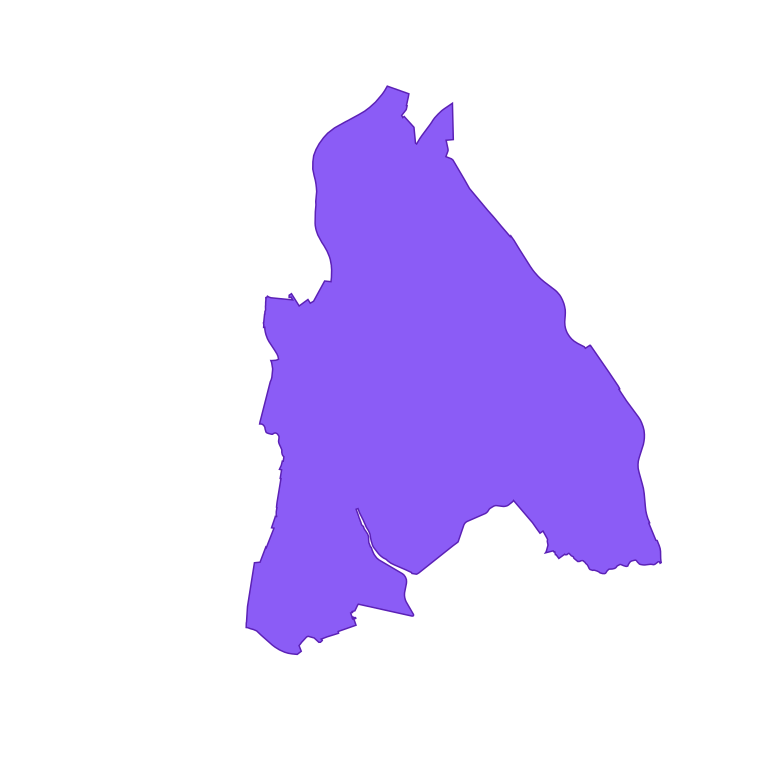 the district of Parramatta, New South Wales, Australia, rotated 67°
{"feature_id": "25037944B24816754384688", "entity_name": "Parramatta", "entity_type": "district", "adm_level": 2, "iso_a3": "AUS", "parent_name": "Australia", "parent_adm1": "New South Wales", "projection": "albers", "projection_center": [151.053, -33.808], "detail": "fine", "context": "isolated", "style": "filled", "palette": "violet", "viewbox_px": 768, "rotation_deg": 67, "n_neighbors": 0, "source": "geoboundaries", "source_scale": "gbopen_adm2", "svg_char_len": 6134}
<svg xmlns="http://www.w3.org/2000/svg" viewBox="0 0 768 768"><g transform="rotate(67 384 384)"><path d="M121.2,281.7L123.8,289.2L125.3,295.2L126.2,302.0L127.5,315.4L127.5,316.2L128.8,328.4L129.0,329.8L131.1,337.8L133.6,343.3L137.5,349.8L141.6,355.0L146.3,359.5L151.6,362.6L158.4,365.6L164.9,366.9L169.5,367.6L173.4,368.5L176.8,369.5L180.6,370.8L189.3,375.5L192.6,376.7L198.6,379.9L209.1,384.6L211.4,385.4L214.4,386.1L216.5,386.4L221.0,386.7L229.4,385.9L233.2,385.2L239.4,384.5L245.2,384.5L248.3,384.8L254.6,386.2L254.9,386.4L258.5,387.6L265.3,390.7L269.1,392.8L266.0,398.4L280.3,416.5L280.8,420.3L276.5,421.0L279.0,431.6L264.7,433.9L264.8,434.3L265.2,436.6L267.2,437.5L267.8,436.3L267.7,435.6L270.9,435.2L260.5,454.3L259.2,455.8L257.6,457.0L258.0,457.6L258.6,458.2L258.3,459.0L260.3,459.8L262.5,461.0L265.5,462.3L265.8,462.6L269.6,464.1L270.8,465.3L273.1,466.4L273.1,466.7L280.6,470.8L280.6,471.1L282.7,471.6L284.9,472.7L285.2,471.6L287.4,472.4L289.9,473.0L292.6,473.4L296.8,473.6L300.1,473.3L310.5,471.4L314.7,470.8L317.2,470.8L320.0,471.4L320.0,473.5L319.8,474.6L318.5,478.4L318.2,479.0L320.5,479.1L326.3,480.5L327.6,481.1L334.0,484.6L335.8,486.0L337.6,487.9L370.4,512.9L372.2,514.1L372.9,512.6L373.4,511.9L374.3,511.3L375.5,510.8L377.5,510.6L378.7,511.0L381.9,511.4L382.5,511.3L383.1,511.0L384.3,509.8L386.2,507.3L386.6,506.5L386.7,506.0L386.4,505.3L386.4,504.6L386.4,503.8L386.6,503.1L387.8,501.9L388.6,501.6L390.5,501.2L391.4,501.2L392.9,501.9L395.4,503.4L396.9,503.8L398.7,503.9L401.3,503.8L404.5,503.8L405.4,504.1L407.0,504.8L409.1,505.2L410.5,505.1L411.9,504.6L415.7,506.9L415.2,507.7L418.7,510.3L421.7,513.6L423.0,511.8L430.4,516.5L430.8,515.8L451.0,528.6L455.4,531.1L455.8,530.8L459.5,533.1L463.2,534.7L463.7,534.4L464.1,534.7L463.4,535.8L464.0,536.2L472.4,543.7L473.7,541.6L488.7,556.3L487.9,556.5L499.6,567.7L497.9,573.1L535.5,596.6L549.3,603.5L550.1,604.1L554.3,606.0L555.1,604.6L557.2,602.4L558.9,600.2L561.5,597.7L567.3,595.2L580.5,588.9L583.5,587.2L587.9,584.1L592.0,580.3L594.4,577.4L596.5,574.1L599.0,569.5L597.7,564.6L591.6,564.4L590.2,561.7L589.8,561.2L586.6,554.1L586.6,552.4L590.5,547.5L596.3,544.9L596.9,543.4L596.0,541.0L594.9,541.0L594.3,541.4L594.5,535.3L595.7,523.2L593.9,522.9L595.1,504.0L589.1,503.6L588.1,504.7L586.9,504.7L586.9,504.3L587.6,503.5L587.8,503.3L588.4,503.4L588.6,503.2L588.3,502.8L588.2,502.6L588.8,501.9L588.8,501.7L588.7,501.5L588.3,501.5L587.9,501.5L587.7,502.3L585.6,504.4L581.8,504.2L581.8,503.9L582.0,502.2L581.6,501.9L581.0,502.1L581.4,499.4L577.6,495.1L576.6,493.7L608.5,449.0L608.8,448.2L608.8,447.5L608.3,447.1L607.7,446.9L593.1,448.7L591.4,448.7L588.9,448.4L586.7,447.8L584.3,446.7L576.2,441.2L574.8,440.5L572.8,439.8L570.2,439.7L567.7,440.2L565.9,441.1L544.0,457.3L541.5,458.6L538.9,459.3L537.0,459.7L535.1,459.8L532.6,459.8L529.5,459.6L528.9,459.8L528.6,460.1L523.9,459.9L518.1,457.8L515.7,457.7L511.7,458.4L510.1,458.8L508.0,458.8L507.2,458.6L505.6,459.4L504.3,459.6L501.9,459.3L500.8,459.4L499.7,459.2L496.8,459.2L495.9,459.0L488.4,458.6L488.5,456.6L493.2,456.8L501.0,456.3L509.0,456.2L512.9,455.6L515.4,455.5L517.0,455.6L520.4,456.5L523.6,457.1L528.4,457.6L530.7,457.3L537.3,455.6L539.4,454.9L541.6,453.9L543.9,452.5L546.3,450.5L548.4,449.6L551.6,447.7L554.6,445.1L563.4,436.7L568.2,432.4L569.3,432.3L569.7,431.7L571.7,428.5L571.8,428.0L571.5,425.7L559.8,383.5L558.8,379.3L558.3,377.5L544.8,365.4L543.8,364.0L543.2,362.4L543.0,361.2L542.8,341.0L542.5,339.8L542.0,338.5L540.3,336.0L539.9,334.8L539.3,330.8L539.4,329.2L539.9,327.9L543.3,322.1L543.8,320.8L544.1,319.3L544.2,318.1L544.0,316.6L542.6,311.6L542.2,310.8L541.8,310.3L569.7,301.5L577.2,299.9L582.3,298.7L581.5,295.1L590.8,294.1L592.7,295.2L596.4,296.0L601.6,300.1L602.5,301.4L603.7,293.5L605.0,293.2L605.1,292.4L608.1,292.9L608.4,292.3L612.9,291.2L611.3,284.2L612.0,283.9L612.3,282.8L612.6,282.4L612.0,280.5L612.2,279.9L612.5,279.7L615.3,278.7L616.9,277.3L617.3,277.2L618.2,277.3L618.8,277.2L623.1,275.0L623.7,273.5L623.8,272.7L623.6,272.0L623.9,270.9L624.2,270.1L624.7,269.6L625.6,269.3L626.6,268.7L628.1,268.4L629.6,267.6L631.8,267.3L633.5,267.3L634.6,267.1L635.3,266.8L637.1,264.7L637.3,263.7L637.6,263.1L639.3,261.1L640.8,259.7L642.3,258.9L643.9,256.9L644.7,255.2L644.8,254.2L644.6,253.7L643.2,251.6L642.4,249.4L642.4,249.1L643.5,246.1L643.9,243.7L643.6,242.2L642.5,240.2L642.5,239.2L642.3,237.3L642.8,236.4L644.7,234.6L646.3,232.7L646.7,231.9L646.8,231.3L646.7,230.5L646.1,230.1L645.5,229.4L644.3,227.6L643.8,226.5L643.7,225.9L643.7,225.0L644.2,221.9L644.5,221.2L645.1,220.7L647.5,220.1L648.2,219.7L649.5,219.3L650.5,218.2L651.5,216.6L652.2,215.3L652.6,214.2L654.0,209.3L654.8,207.7L655.5,206.8L655.7,206.3L655.8,205.5L655.7,204.5L654.8,201.2L655.0,200.3L655.1,200.1L655.6,199.9L656.9,199.9L656.7,198.6L654.9,198.2L652.5,197.4L646.0,194.8L643.3,194.1L640.3,193.8L634.8,193.7L634.1,194.8L615.6,194.6L615.6,193.7L610.9,193.7L606.5,193.2L602.9,192.5L598.9,191.3L586.5,187.3L581.4,186.0L576.8,185.3L565.3,183.8L561.4,183.1L560.1,182.7L557.3,181.6L554.3,180.0L551.3,177.7L540.9,168.8L538.2,167.0L535.6,165.5L532.2,164.0L528.4,162.8L524.6,162.2L520.6,162.0L517.4,162.1L514.2,162.6L494.2,167.4L485.0,169.1L480.7,169.8L480.6,168.9L477.4,169.2L459.8,172.6L429.5,178.8L429.5,179.2L428.8,179.3L429.8,184.7L428.0,185.1L422.3,189.9L418.8,192.3L415.9,193.7L413.7,194.4L411.7,194.9L408.5,195.4L406.4,195.4L403.7,195.2L400.9,194.6L397.5,193.4L391.9,190.5L389.4,189.3L386.6,188.2L383.0,187.4L380.2,187.0L376.5,186.9L373.3,187.1L370.8,187.5L367.0,188.7L364.9,189.6L352.6,196.6L348.6,198.6L345.0,200.1L340.2,201.7L337.3,202.5L333.0,203.4L312.2,206.8L302.6,208.2L297.1,209.4L297.7,210.2L284.2,214.5L273.6,217.7L264.3,220.8L237.5,228.9L226.2,230.2L204.8,233.0L203.1,233.9L198.9,238.2L195.6,235.1L194.4,234.0L193.7,233.6L192.3,233.2L183.9,231.6L186.1,224.7L152.3,211.3L154.2,221.0L154.9,223.9L156.6,228.5L158.8,233.4L160.5,236.2L161.6,237.7L163.3,240.4L169.9,251.7L172.1,255.2L175.8,260.2L174.6,260.9L159.4,256.1L145.6,260.9L146.1,262.6L143.7,262.8L140.1,256.3L136.9,254.0L136.5,254.6L129.8,249.8L126.6,247.7L111.1,264.6L114.2,268.7L115.5,270.7L116.7,272.7L121.2,281.7Z" fill="#8b5cf6" stroke="#5b21b6" stroke-width="1.5"/></g></svg>